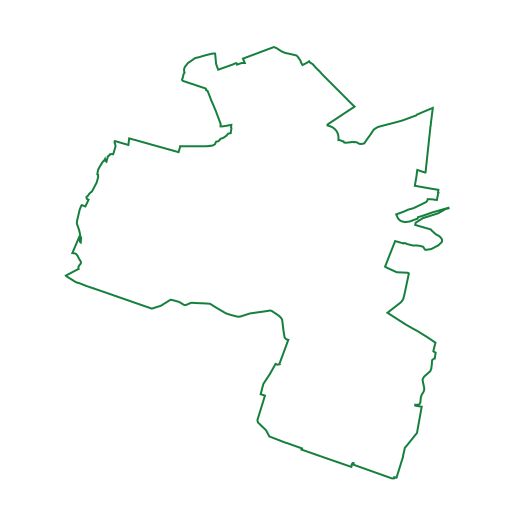 Medgidia, Constanta, Romania (Equal Earth projection), rotated 5°
{"feature_id": "2599482B71920226785357", "entity_name": "Medgidia", "entity_type": "district", "adm_level": 2, "iso_a3": "ROU", "parent_name": "Romania", "parent_adm1": "Constanta", "projection": "equal_earth", "projection_center": [28.275, 44.229], "detail": "fine", "context": "isolated", "style": "outline", "palette": "green", "viewbox_px": 512, "rotation_deg": 5, "n_neighbors": 0, "source": "geoboundaries", "source_scale": "gbopen_adm2", "svg_char_len": 5921}
<svg xmlns="http://www.w3.org/2000/svg" viewBox="0 0 512 512"><g transform="rotate(5 256 256)"><path d="M292.0,57.4L289.4,59.4L285.7,61.7L283.8,59.1L283.7,58.3L283.1,57.3L280.2,53.8L278.9,52.8L278.2,52.6L273.2,51.9L271.9,51.7L267.6,51.2L263.5,49.9L258.7,47.3L257.4,46.8L255.6,46.3L225.8,60.5L228.0,64.7L224.9,65.0L220.4,67.0L219.7,65.6L218.1,66.1L217.4,66.5L216.5,67.1L202.1,73.7L199.7,68.6L199.4,67.5L198.1,60.3L197.6,57.9L196.4,57.9L194.2,58.4L187.7,60.6L181.7,63.0L179.8,63.6L178.1,64.2L177.4,64.7L175.8,66.1L171.6,69.5L170.9,70.4L169.7,72.3L168.7,73.8L168.4,74.7L168.1,76.0L168.1,77.0L168.4,78.5L168.8,79.6L168.6,79.7L168.1,81.1L167.8,82.0L167.7,83.9L166.9,87.0L168.1,88.0L187.4,92.6L191.2,93.5L191.5,93.7L191.7,94.6L191.9,95.2L192.4,95.4L192.7,95.5L193.2,95.5L193.8,96.6L196.8,102.6L197.1,103.4L197.6,104.2L197.7,104.8L198.2,105.5L199.0,106.9L203.3,115.0L209.3,127.6L209.3,129.5L209.4,130.0L211.3,129.8L212.2,129.6L215.0,128.9L220.0,127.5L219.9,130.1L220.4,130.8L220.3,132.5L220.2,133.2L220.1,135.8L217.7,136.5L216.9,137.4L216.1,138.7L215.4,139.3L214.3,140.2L213.4,141.0L211.4,141.9L210.9,142.1L210.3,142.6L209.2,144.2L208.3,145.0L207.4,145.3L206.5,145.6L206.0,146.0L205.7,147.4L205.5,148.0L205.3,148.3L203.4,149.6L201.4,150.2L200.4,150.2L200.3,150.5L195.9,151.1L170.8,153.3L170.8,154.3L169.8,159.3L145.2,154.7L125.6,151.0L119.4,149.9L119.2,156.5L105.4,153.8L105.2,154.2L105.1,154.5L105.2,155.0L106.3,158.0L106.4,158.4L106.5,159.2L105.2,165.5L104.8,167.1L103.3,167.0L101.5,167.5L101.5,168.1L101.4,168.3L100.7,168.8L100.5,169.1L99.6,169.8L99.6,171.1L99.1,172.8L99.0,174.2L98.8,175.1L97.8,174.5L97.7,174.1L97.4,173.5L97.1,172.6L96.6,173.7L96.5,174.0L95.7,174.8L95.0,175.7L93.1,179.5L92.3,181.2L91.2,183.8L91.0,185.4L90.8,188.5L91.0,188.7L91.6,188.9L91.9,191.2L90.8,196.9L86.9,206.1L85.7,207.1L84.3,208.8L83.4,210.5L81.9,212.1L82.5,213.8L84.3,214.5L81.7,221.5L78.1,220.5L77.6,220.9L76.3,225.3L74.6,237.1L74.8,239.6L76.3,242.8L77.7,246.1L78.8,249.6L78.9,250.8L80.1,253.0L80.2,253.7L80.2,257.8L79.7,257.5L79.0,255.7L78.5,253.8L78.0,253.1L72.8,269.1L75.3,269.2L76.0,269.4L76.6,269.7L77.4,270.4L78.5,271.7L79.6,273.7L81.8,276.6L82.1,277.3L82.2,278.3L81.9,279.1L80.9,280.5L80.1,282.2L80.1,284.0L80.4,284.4L79.3,285.0L68.3,292.1L68.7,292.6L78.1,297.4L80.7,298.3L81.1,298.2L81.4,298.2L83.8,298.9L89.8,300.7L101.3,303.5L156.8,317.5L165.5,313.9L174.7,307.0L176.4,307.2L179.1,307.6L183.1,308.4L184.4,308.9L187.9,310.7L188.7,311.0L189.2,311.1L190.0,311.0L190.7,310.8L194.2,308.9L195.3,308.4L196.0,308.2L199.5,308.1L200.8,308.1L208.3,307.7L213.9,307.6L214.5,307.7L215.4,308.1L221.4,311.2L224.0,312.4L226.3,313.5L228.6,314.6L231.2,315.8L236.0,316.9L242.0,317.9L243.0,318.0L244.1,318.0L245.2,317.8L246.8,317.2L254.4,314.0L255.3,313.7L262.5,312.0L269.2,310.5L274.3,309.2L275.3,309.1L276.3,309.3L282.4,312.6L284.4,313.8L285.9,315.1L286.9,316.2L287.3,316.7L287.5,317.1L288.0,318.9L288.4,321.0L290.0,328.5L291.4,334.0L291.6,334.6L292.2,335.3L293.1,336.1L293.7,336.4L294.6,336.5L295.5,336.7L288.8,361.2L288.7,361.5L288.9,361.8L288.1,362.0L287.0,362.4L286.7,362.4L286.1,362.2L285.3,361.9L284.9,361.8L280.1,372.4L274.9,382.0L274.4,383.2L272.7,393.3L277.1,394.3L271.7,419.4L272.5,421.7L281.2,428.7L285.0,434.6L301.9,439.5L302.5,439.5L318.6,443.7L318.2,444.9L345.8,451.9L369.4,457.8L369.5,457.4L369.5,455.2L370.5,453.8L371.3,453.8L371.3,455.4L371.5,455.5L410.3,465.6L411.3,465.7L413.0,465.4L412.9,464.4L413.6,464.3L413.9,464.5L415.3,464.6L418.3,450.9L418.3,450.6L420.0,443.2L419.9,442.2L420.8,436.0L421.0,434.1L423.1,431.2L431.8,418.2L434.2,391.7L429.2,391.3L427.7,391.2L427.6,390.3L430.4,390.1L430.8,390.0L431.3,389.6L431.8,389.2L432.1,388.8L432.3,388.2L432.5,387.6L432.5,384.5L432.6,382.1L433.3,379.4L434.2,377.8L434.8,376.5L435.1,375.5L435.2,373.3L433.4,367.4L432.8,365.1L432.8,364.1L434.0,361.5L439.5,355.7L439.7,355.4L440.2,353.7L440.5,352.6L440.5,350.4L440.6,348.1L440.5,345.6L440.6,344.3L441.7,343.2L442.3,342.7L442.7,342.5L443.0,342.5L443.4,336.7L441.0,335.5L441.0,335.1L442.3,326.7L434.2,322.2L430.1,320.1L423.4,316.7L418.7,314.7L410.5,310.9L391.9,301.1L404.5,289.4L406.3,286.5L406.8,284.0L407.2,281.5L409.8,260.1L409.0,259.6L408.0,259.5L397.8,259.9L397.0,259.7L387.4,256.3L385.5,255.4L393.3,229.0L401.6,230.6L401.6,230.4L403.2,230.1L405.3,230.9L409.6,231.6L410.9,231.7L411.7,231.9L414.9,231.5L418.0,231.6L421.6,232.2L423.8,234.9L424.6,235.1L430.0,233.8L436.7,229.5L439.8,226.0L440.1,224.5L439.6,222.9L437.9,221.1L436.7,220.2L433.1,218.6L428.6,215.2L427.8,214.3L411.9,211.2L412.1,209.0L418.9,203.8L433.7,197.6L440.8,192.7L443.7,191.7L443.5,191.2L435.4,194.3L427.7,197.3L417.7,201.8L414.0,203.2L413.7,204.7L405.9,208.3L401.4,209.3L397.6,208.6L396.4,208.1L394.1,206.1L392.1,202.3L399.0,199.1L403.7,196.5L408.6,194.7L413.7,191.7L420.5,187.6L421.2,187.0L421.9,185.5L422.1,184.4L423.7,184.3L427.8,184.2L429.2,184.4L431.3,184.4L432.0,178.1L432.1,177.3L432.2,177.0L431.8,176.9L431.9,174.2L421.5,173.4L408.1,172.2L408.2,171.0L408.9,162.8L409.1,157.0L409.2,156.2L415.6,157.8L416.3,157.9L416.9,157.9L417.2,158.0L417.4,158.1L417.5,158.1L417.6,157.8L418.3,122.6L418.5,113.3L418.4,112.8L418.4,112.3L418.6,111.8L418.7,106.5L419.2,94.3L419.2,93.1L409.6,98.1L404.3,101.0L404.2,101.0L403.2,102.1L400.7,103.2L389.7,108.4L378.7,112.4L369.5,115.6L368.4,116.1L366.6,116.7L365.5,117.3L362.5,119.6L362.1,120.2L360.3,123.4L358.6,126.6L357.7,127.9L354.0,134.4L351.1,135.3L349.3,135.2L348.5,135.0L346.8,134.1L344.4,133.8L343.6,134.2L342.0,133.9L341.0,134.3L335.9,135.3L334.9,135.4L333.9,135.2L333.5,134.8L333.2,134.2L332.3,134.2L329.1,133.2L328.0,133.3L328.0,132.4L327.8,130.6L327.6,129.4L327.3,128.3L326.8,126.9L325.9,125.4L325.1,124.3L323.7,122.9L322.1,121.8L320.7,121.0L318.9,120.4L317.9,120.1L316.1,119.8L315.7,119.5L315.7,119.1L316.1,118.5L335.6,103.0L340.0,99.6L341.2,98.6L339.5,97.3L335.7,94.2L332.1,91.1L316.6,78.1L305.8,69.0L303.9,67.1L299.3,63.3L296.6,60.7L295.5,59.8L292.7,58.4L292.0,57.4Z" fill="none" stroke="#15803d" stroke-width="2"/></g></svg>